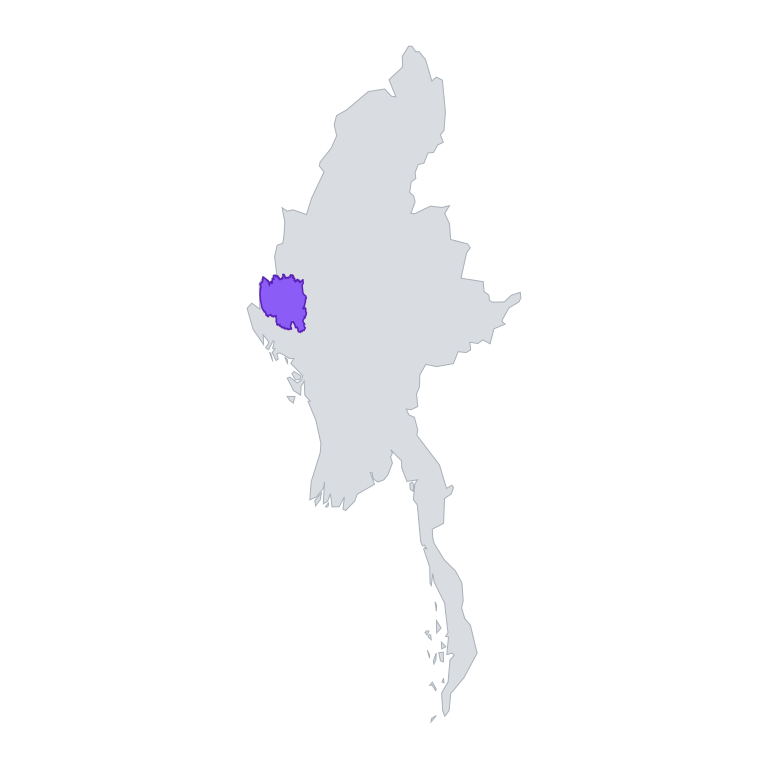 Mindat, Chin, Myanmar (highlighted)
{"feature_id": "60261553B42580025975984", "entity_name": "Mindat", "entity_type": "district", "adm_level": 2, "iso_a3": "MMR", "parent_name": "Myanmar", "parent_adm1": "Chin", "projection": "natural_earth1", "projection_center": [93.412, 21.435], "detail": "fine", "context": "in_parent", "style": "filled", "palette": "violet", "viewbox_px": 768, "rotation_deg": 0, "n_neighbors": 0, "source": "geoboundaries", "source_scale": "gbopen_adm2", "svg_char_len": 9509}
<svg xmlns="http://www.w3.org/2000/svg" viewBox="0 0 768 768"><path d="M490.1,343.8L483.0,339.9L477.8,343.5L469.8,342.2L470.7,349.9L466.2,352.5L458.1,351.7L453.4,363.6L436.7,366.6L425.8,364.4L419.8,374.9L419.5,386.9L416.5,394.1L417.8,406.5L410.8,409.8L406.4,409.1L408.8,414.8L414.4,417.3L417.8,430.2L416.8,435.2L439.5,465.0L446.5,488.4L451.9,485.2L453.5,487.6L451.4,493.8L444.5,498.5L443.6,523.3L432.3,529.2L432.7,537.5L434.1,543.3L444.2,559.8L455.5,571.0L461.9,583.0L463.2,600.6L461.6,607.9L464.7,618.4L470.4,625.3L477.1,653.1L464.1,677.5L450.7,693.6L449.1,710.6L444.8,716.2L442.7,710.9L441.6,693.1L448.1,681.8L450.0,659.9L454.2,655.3L452.0,653.2L446.8,654.6L448.5,637.0L445.6,636.3L448.0,632.6L444.6,603.1L434.3,582.4L432.8,573.5L431.3,585.5L430.1,583.2L429.7,566.9L423.7,549.2L424.3,547.6L427.1,549.2L424.5,545.1L422.5,546.0L420.7,541.7L417.3,504.9L413.4,499.7L414.8,483.8L417.7,479.8L406.9,481.4L401.8,468.0L401.4,460.7L390.6,449.6L392.4,453.1L390.6,456.8L392.4,463.0L388.0,474.6L383.7,479.9L377.8,482.1L373.2,478.8L372.1,472.6L370.3,472.5L374.5,484.3L357.2,494.2L354.7,501.2L345.8,510.4L343.0,509.2L344.4,496.8L339.2,506.7L332.0,506.9L330.4,493.7L327.5,501.4L323.3,503.8L324.5,481.8L323.4,488.2L316.5,496.9L309.8,499.8L311.2,481.6L320.2,452.9L320.9,443.5L316.0,420.6L308.0,401.3L310.3,401.0L304.9,395.5L304.2,381.2L301.0,386.3L300.6,395.2L293.7,390.6L287.2,378.2L289.8,377.1L297.4,383.0L301.6,379.7L302.7,375.6L290.9,363.5L293.8,358.5L289.9,358.6L279.8,352.8L276.9,353.9L278.2,359.0L276.1,360.5L272.2,352.6L275.0,348.7L272.6,348.6L274.2,341.6L273.2,340.6L268.5,349.8L265.7,347.7L268.8,343.0L267.6,340.3L263.2,334.9L263.6,344.6L253.1,329.3L247.1,308.4L251.7,303.1L259.9,309.2L259.2,283.5L262.7,278.0L271.1,282.6L273.5,276.0L276.8,274.4L274.6,256.6L277.2,245.2L282.8,243.3L284.1,234.1L284.8,221.6L282.1,207.7L287.2,211.1L293.0,209.8L306.5,214.6L311.5,198.4L324.0,172.0L319.3,165.9L320.1,162.1L331.1,148.3L336.7,135.9L334.2,124.7L336.5,115.7L346.6,109.9L368.4,91.5L384.7,89.0L391.4,96.2L395.9,96.8L389.0,79.7L402.7,66.9L402.2,56.7L408.6,46.1L412.2,46.5L415.6,51.7L419.1,51.7L425.5,59.5L431.8,81.0L436.4,77.1L442.4,80.2L445.4,112.0L444.0,130.5L440.4,134.7L443.3,142.3L437.5,145.0L433.6,152.4L427.9,153.0L424.0,163.1L418.2,164.6L415.1,172.5L415.8,178.5L411.2,181.9L409.7,192.2L413.8,196.3L415.1,201.8L410.9,213.3L414.6,213.8L430.5,206.1L441.8,207.5L449.4,205.7L444.7,213.5L449.5,223.7L450.6,239.5L467.5,243.9L470.3,247.9L466.6,252.8L461.0,278.2L483.2,281.7L484.0,291.5L488.8,295.1L489.5,300.5L492.5,302.2L504.4,301.9L511.3,295.2L520.3,292.3L520.9,297.9L518.9,302.0L509.1,307.7L502.5,319.3L502.1,321.9L505.2,324.1L493.9,328.8L490.1,343.8ZM294.0,371.4L301.1,376.1L299.8,379.6L295.3,379.8L291.9,373.7L294.0,371.4ZM436.5,620.6L441.1,628.0L436.7,633.0L436.5,620.6ZM293.3,403.1L289.6,400.3L287.1,396.4L295.0,396.5L293.3,403.1ZM443.3,652.2L443.5,661.9L440.5,660.8L438.7,652.7L443.3,652.2ZM320.3,499.7L315.6,505.9L314.8,500.6L321.4,492.9L320.3,499.7ZM413.1,491.2L410.2,489.3L409.8,483.7L412.0,482.1L413.8,484.8L413.1,491.2ZM433.9,664.0L433.3,660.8L436.3,653.0L435.9,659.9L433.9,664.0ZM432.3,682.1L436.3,689.3L435.6,690.7L432.0,685.0L429.7,685.4L432.3,682.1ZM445.9,646.7L441.7,648.8L441.4,642.1L445.9,646.7ZM436.3,715.6L431.0,721.9L431.6,718.4L436.3,715.6ZM270.9,353.7L272.8,361.5L269.5,352.2L270.9,353.7ZM436.6,605.4L436.4,611.3L435.0,601.7L436.6,605.4ZM287.2,359.2L287.8,364.2L284.8,357.1L287.2,359.2ZM431.2,639.7L428.1,636.8L429.2,634.6L430.7,635.1L431.2,639.7ZM429.0,631.1L427.0,635.1L425.0,632.6L426.6,630.9L429.0,631.1ZM429.5,654.8L429.6,658.3L427.3,650.2L429.5,654.8ZM327.7,506.9L325.5,506.8L328.4,502.8L328.7,504.3L327.7,506.9ZM444.0,682.7L442.0,682.1L443.5,678.2L444.0,682.7Z" fill="#d9dde1" stroke="#a8b0b8" stroke-width="1"/><path d="M277.0,275.9L276.7,276.3L275.9,276.4L275.5,275.4L275.1,275.6L274.8,275.4L274.2,275.3L273.5,275.5L273.4,275.7L273.4,276.0L273.6,276.5L273.3,277.4L273.8,278.2L273.9,279.2L272.8,279.1L272.3,278.9L272.3,279.1L272.5,279.4L272.3,279.8L272.4,280.2L272.2,280.3L272.0,281.3L272.3,282.1L272.3,283.2L272.1,283.4L271.5,283.4L271.5,282.9L271.1,282.4L270.9,281.6L270.7,281.6L270.3,282.1L270.0,282.2L270.1,282.6L270.0,282.9L269.7,283.0L269.7,283.4L269.5,283.6L269.5,284.0L269.3,284.9L269.2,284.7L269.1,283.9L268.8,282.3L268.5,282.2L268.3,281.9L268.1,281.8L268.0,281.1L268.2,280.8L268.0,280.5L267.7,280.3L267.3,280.5L267.3,280.2L267.1,280.0L266.7,280.0L266.6,279.6L266.4,279.3L265.4,278.8L264.7,278.1L264.1,277.9L263.8,277.3L263.4,277.4L263.3,277.2L263.1,277.3L263.1,277.1L262.9,277.1L262.9,277.5L262.8,277.8L262.8,280.1L262.7,278.9L262.5,279.0L262.6,281.2L262.4,282.3L262.2,282.4L261.6,282.2L261.0,283.3L260.1,283.8L260.4,284.3L260.3,284.7L260.5,284.9L260.3,285.3L260.6,285.6L261.0,287.3L260.9,287.7L260.6,287.8L260.4,288.2L260.4,288.8L260.6,289.1L260.2,289.4L260.3,291.1L260.0,293.6L260.2,294.0L260.1,295.4L260.3,296.4L260.2,297.6L260.5,298.9L260.5,300.4L260.8,301.3L260.7,301.7L260.8,302.2L261.2,303.5L261.3,304.6L261.5,305.0L261.5,306.1L261.7,306.4L261.9,307.5L262.4,308.3L262.4,308.6L262.6,308.8L262.8,309.7L263.3,309.8L263.6,310.6L263.8,310.7L264.1,311.8L264.5,312.0L264.7,311.5L264.9,311.5L265.1,312.0L265.5,312.1L265.6,313.3L266.1,313.9L265.9,314.5L266.3,315.4L266.4,315.6L267.2,315.6L267.3,315.2L267.7,315.5L267.5,315.8L267.8,316.4L268.0,316.4L268.1,316.6L268.3,316.6L268.2,316.2L269.4,315.3L269.7,314.9L269.9,314.9L270.3,315.3L270.5,315.0L270.6,314.9L270.9,315.0L271.0,314.9L271.2,315.3L271.7,315.5L271.8,316.1L272.1,316.1L272.3,316.5L273.2,316.2L273.6,316.8L274.1,316.5L274.5,316.5L274.6,316.0L275.5,316.1L276.0,315.8L276.1,316.2L276.0,316.5L275.9,317.0L276.3,318.1L276.2,318.2L276.2,318.6L276.3,318.9L276.3,319.4L276.5,319.6L276.5,320.1L276.4,320.4L276.2,320.5L276.2,320.9L276.3,321.1L276.2,321.6L276.6,322.3L276.5,322.6L276.8,323.2L277.0,323.4L276.8,324.0L277.0,324.7L277.6,325.1L278.0,325.0L278.5,324.4L278.9,324.6L279.3,325.0L279.9,324.7L279.9,325.0L279.7,325.2L279.6,325.9L280.0,326.1L280.7,326.6L280.9,326.5L281.2,326.7L281.4,326.5L281.7,326.6L281.9,326.9L281.8,327.3L282.0,327.7L282.2,327.8L282.5,327.4L283.0,327.6L283.6,327.6L284.1,327.3L284.3,327.8L284.3,328.7L284.5,328.8L285.0,328.4L285.3,328.7L285.5,328.5L285.9,328.5L286.2,328.9L286.6,328.7L286.7,328.4L287.0,328.4L287.3,328.5L287.6,328.7L287.6,329.1L288.0,329.6L289.0,329.5L289.0,329.1L289.4,328.7L290.3,329.1L291.4,329.1L291.5,328.7L291.3,328.4L291.4,328.0L291.1,327.5L290.9,327.1L290.6,326.9L290.5,326.6L290.6,325.9L290.8,325.6L290.8,325.2L290.5,324.6L290.7,324.4L291.0,324.3L291.4,323.8L291.4,322.4L291.4,322.0L291.8,321.8L292.6,321.8L292.7,322.0L293.4,321.9L293.4,322.5L293.7,322.6L293.8,322.9L293.8,323.1L294.2,323.5L294.2,323.8L294.6,324.1L294.9,324.7L295.0,325.9L295.1,326.2L295.4,326.4L295.6,327.0L295.5,327.6L295.9,327.6L296.8,327.1L297.3,327.2L297.4,327.6L297.3,328.1L297.5,328.2L297.5,328.7L297.9,328.9L298.1,329.5L297.9,330.1L297.9,330.4L298.6,331.3L298.5,331.7L299.2,332.0L299.6,332.0L299.6,331.9L300.1,331.7L300.3,331.8L300.4,332.1L300.7,331.8L300.6,331.5L301.0,331.3L301.3,331.5L301.5,331.5L301.3,331.2L301.5,331.1L302.1,331.1L302.3,330.9L302.2,330.7L302.3,330.7L303.0,330.5L303.1,330.3L303.3,330.5L303.8,330.2L304.1,330.3L305.3,327.9L305.2,327.6L304.3,326.6L304.0,326.0L303.9,325.3L304.2,324.7L304.7,324.2L304.2,323.7L304.1,323.2L303.7,323.1L303.2,321.9L303.1,321.1L302.8,320.5L304.1,318.5L305.1,317.8L304.4,316.9L304.3,316.6L305.3,316.4L305.6,316.0L305.8,315.4L306.1,315.0L306.4,312.9L306.1,312.8L306.0,311.7L305.6,311.3L305.8,309.4L305.9,309.1L305.6,308.9L304.4,308.7L303.9,308.9L303.5,308.8L302.9,308.2L303.3,307.7L303.5,307.7L303.7,307.3L304.2,306.9L304.5,307.0L304.1,306.4L304.1,306.1L304.7,304.7L305.1,302.8L305.4,302.3L305.2,301.7L305.5,300.8L305.4,300.5L305.7,299.9L305.5,299.2L305.6,298.8L305.9,298.6L306.0,298.4L306.3,298.2L306.3,297.7L305.9,297.1L305.8,296.1L304.0,294.7L302.9,292.9L302.1,285.5L303.2,282.9L302.9,279.8L302.6,279.8L302.2,280.6L301.9,280.7L301.8,280.8L301.9,281.0L301.3,281.4L300.6,281.5L300.3,281.2L300.2,281.2L299.9,282.5L299.4,282.3L299.0,281.8L299.0,281.0L299.1,280.7L298.9,280.3L298.7,280.5L298.6,280.4L298.6,280.0L297.7,280.0L297.3,280.4L297.2,280.1L297.2,279.7L296.7,280.0L296.7,280.6L296.5,281.0L296.2,280.7L296.2,280.3L295.4,280.9L295.2,281.0L295.2,281.6L294.7,281.3L294.6,280.7L294.1,280.3L294.1,280.0L294.6,279.6L294.8,279.1L294.7,278.5L294.4,278.2L293.5,278.4L292.9,278.1L292.7,277.3L293.2,277.0L293.2,276.8L293.6,276.6L293.6,276.4L293.4,276.0L292.9,275.6L292.7,275.2L292.3,275.1L291.9,275.6L291.7,275.6L291.0,274.8L290.8,274.8L290.6,275.3L290.1,275.5L290.0,275.8L290.2,276.2L290.6,276.4L290.6,276.7L290.2,276.9L290.1,277.1L289.9,277.2L289.7,277.5L288.9,277.4L288.7,277.5L288.5,277.2L288.3,277.3L288.4,277.6L288.2,277.8L288.2,278.0L287.7,278.1L287.6,277.8L286.7,277.5L286.2,277.1L286.3,277.3L286.3,277.6L286.2,277.6L285.8,277.6L285.7,278.3L285.3,278.4L285.1,278.2L285.0,277.7L285.3,277.5L285.1,277.3L285.1,276.7L284.9,276.4L284.9,276.1L284.0,275.1L284.1,274.6L283.6,274.4L283.4,274.6L283.0,274.4L282.9,274.5L283.1,274.8L283.0,275.2L283.2,275.4L282.9,276.0L283.0,276.2L282.9,276.4L283.0,276.7L282.6,277.4L282.6,277.6L282.3,277.7L282.7,278.2L282.6,278.5L282.4,278.5L282.2,278.9L281.9,278.6L281.7,278.6L281.6,279.0L281.1,278.8L280.6,278.9L280.5,279.1L280.8,279.3L280.7,279.4L280.5,279.5L280.2,279.4L279.8,279.6L279.7,279.5L279.3,279.4L279.3,279.0L279.0,278.6L279.2,278.1L278.9,277.4L278.5,277.3L278.0,277.5L278.0,277.3L278.3,277.0L277.8,276.6L277.7,276.2L277.5,276.3L277.6,276.0L277.5,275.8L277.0,275.9Z" fill="#8b5cf6" stroke="#5b21b6" stroke-width="1.5"/></svg>